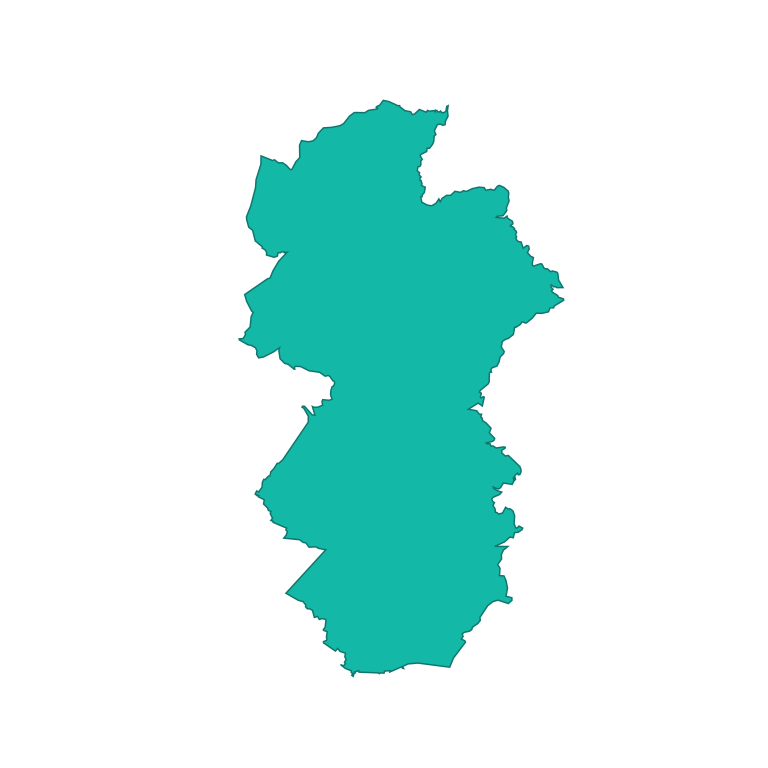 outline of Gómez Farías, Jalisco, Mexico, rotated 293°
{"feature_id": "50627088B14900923212728", "entity_name": "Gómez Farías", "entity_type": "district", "adm_level": 2, "iso_a3": "MEX", "parent_name": "Mexico", "parent_adm1": "Jalisco", "projection": "albers", "projection_center": [-103.412, 19.86], "detail": "fine", "context": "isolated", "style": "filled", "palette": "teal", "viewbox_px": 768, "rotation_deg": 293, "n_neighbors": 0, "source": "geoboundaries", "source_scale": "gbopen_adm2", "svg_char_len": 6171}
<svg xmlns="http://www.w3.org/2000/svg" viewBox="0 0 768 768"><g transform="rotate(293 384 384)"><path d="M232.4,308.4L231.7,310.4L232.4,310.7L232.3,312.4L231.1,312.2L230.7,319.0L226.5,320.0L224.4,325.3L222.5,326.9L222.5,329.7L220.4,329.8L216.8,333.9L214.2,333.1L214.3,335.9L213.3,336.0L213.3,350.7L211.3,350.7L210.5,352.7L206.9,353.1L203.0,352.0L207.7,367.2L206.6,371.4L207.2,374.2L204.5,378.8L207.5,384.9L207.1,387.9L208.7,395.2L153.1,375.5L151.4,389.8L152.1,394.5L149.9,398.5L148.3,398.8L147.1,401.3L147.9,402.8L147.8,406.5L141.9,411.1L144.1,413.7L142.0,416.4L143.9,418.8L144.5,422.0L143.9,422.9L136.9,424.9L134.3,424.1L133.6,424.6L133.8,428.6L128.4,429.9L127.0,431.2L125.5,431.2L123.2,429.0L122.1,429.4L119.2,443.6L122.5,444.8L120.7,447.8L121.1,453.7L117.6,454.5L115.7,456.7L112.2,456.4L111.5,457.8L108.9,457.0L108.7,453.6L107.1,459.4L107.2,466.0L105.5,466.7L105.3,468.6L103.3,468.1L102.8,469.9L106.0,469.5L106.9,470.5L107.7,469.7L110.2,472.8L109.0,473.6L115.9,491.7L115.5,492.8L116.6,493.6L117.9,497.0L119.9,496.7L122.4,501.3L121.1,501.8L130.9,511.0L129.6,511.9L129.8,513.2L131.4,511.5L135.8,515.6L140.4,524.3L149.0,555.1L158.9,555.0L178.2,559.9L179.2,558.8L179.5,554.8L182.4,555.5L184.5,553.7L186.7,554.8L189.8,559.2L192.1,560.7L194.8,560.5L200.3,564.0L204.0,565.0L206.6,563.5L220.6,566.1L226.4,569.4L229.6,573.5L230.5,584.2L234.9,586.3L237.2,585.2L236.3,579.2L244.3,577.5L250.7,573.1L254.2,569.4L252.7,565.2L259.7,562.8L262.2,559.2L268.8,560.6L272.7,558.7L277.7,558.8L282.8,561.5L277.8,549.3L285.7,556.6L292.3,559.7L293.0,563.1L298.1,562.2L300.0,565.5L303.7,567.9L305.5,568.0L306.0,563.8L303.4,562.7L303.0,561.6L306.2,558.3L313.6,555.8L317.4,552.4L318.2,549.9L318.3,548.3L317.4,547.3L318.1,544.1L311.6,543.6L309.0,540.2L309.8,538.4L309.5,536.7L312.5,535.0L314.8,531.8L318.0,532.0L318.2,530.1L320.0,528.3L322.0,528.4L327.5,533.6L330.5,534.6L330.0,529.5L330.8,525.5L331.8,524.8L331.9,530.2L334.0,531.8L339.5,532.6L341.7,541.2L345.1,541.5L349.1,539.4L346.8,542.0L347.7,542.3L350.1,540.3L351.5,540.5L354.1,541.8L352.9,543.1L353.7,544.4L356.7,544.5L358.9,543.4L361.1,541.3L366.8,526.4L365.1,523.7L366.6,519.3L369.1,518.3L372.1,520.5L373.1,520.4L373.0,519.0L368.9,512.2L369.6,508.5L368.5,507.0L370.4,505.0L369.1,501.8L369.7,501.0L373.3,506.0L375.3,507.3L377.1,507.2L380.3,500.0L385.1,499.8L388.1,493.0L388.8,489.2L391.1,487.5L391.4,486.0L394.3,485.6L393.4,483.8L395.6,479.7L393.7,471.5L403.2,478.1L402.2,483.1L411.1,481.4L411.2,480.4L409.0,478.7L409.7,477.7L413.1,477.4L413.8,476.6L413.8,474.9L415.7,475.1L424.7,479.8L427.0,480.0L435.1,476.8L436.5,477.0L436.9,478.3L439.1,476.7L441.0,477.1L444.6,480.9L448.9,481.3L454.2,480.4L458.8,482.2L460.8,482.0L463.9,477.5L469.3,476.3L472.7,478.4L474.3,480.5L480.1,483.7L487.3,482.1L488.1,483.6L492.4,486.3L495.3,486.8L495.4,490.5L496.1,491.4L502.7,494.8L508.7,496.5L510.6,501.5L514.7,507.2L519.0,507.1L520.3,510.4L522.5,510.3L531.2,516.6L532.5,516.0L532.0,510.5L533.3,509.3L534.3,503.1L535.4,501.7L537.2,502.6L538.8,499.4L540.6,499.4L539.8,502.2L540.6,504.1L540.2,505.4L542.7,511.1L547.8,504.2L553.8,500.7L554.5,499.4L553.9,494.9L552.5,493.5L553.9,489.2L553.0,487.8L553.2,486.0L556.1,482.5L555.9,481.1L551.2,475.9L551.1,474.5L552.7,473.4L558.8,472.1L558.9,469.0L561.0,464.7L565.0,464.9L567.4,463.3L567.3,461.3L563.4,459.1L568.3,454.7L567.6,451.6L568.4,449.9L569.8,448.3L571.0,448.7L573.0,446.7L575.4,446.8L576.5,445.6L577.1,443.4L578.1,443.4L579.1,440.8L578.6,438.7L579.5,438.5L581.8,440.1L584.0,438.6L584.8,433.1L586.6,431.7L583.5,429.7L581.1,422.1L582.6,422.5L585.3,427.7L591.5,429.3L594.1,427.8L601.4,427.6L604.6,425.4L608.4,424.3L610.0,423.0L611.8,417.7L611.9,412.7L610.5,411.2L605.3,409.7L605.0,406.3L602.1,402.0L603.9,399.5L602.3,394.5L598.1,388.7L593.3,384.5L593.1,381.7L590.3,379.6L589.1,374.0L583.7,371.6L582.1,367.9L577.5,364.9L573.7,364.6L575.8,362.2L570.8,361.3L566.7,358.3L565.6,353.9L566.1,347.8L570.5,344.7L571.3,345.9L572.8,345.4L576.1,346.3L581.3,345.1L581.3,340.9L583.1,340.8L585.8,338.6L585.5,337.6L587.2,336.8L588.8,336.6L588.8,337.8L590.3,334.6L592.4,334.2L593.2,331.4L597.2,330.3L598.2,332.0L600.1,332.3L603.8,330.7L605.7,331.5L608.4,328.0L609.5,328.1L614.7,332.4L618.0,331.6L618.7,333.8L623.8,335.1L626.7,335.0L631.9,333.3L633.8,334.3L636.7,331.4L643.5,331.8L645.2,334.0L645.1,336.8L646.5,338.9L649.7,337.9L655.6,338.3L660.4,335.6L665.2,334.3L664.0,333.3L659.2,334.4L657.4,333.3L656.3,331.0L657.4,329.5L656.0,328.6L655.5,326.8L656.4,326.0L656.2,324.4L654.5,324.7L655.2,323.3L652.8,318.9L652.9,317.2L650.7,316.6L650.5,309.3L644.2,306.5L643.1,304.6L645.0,302.2L643.8,296.4L645.4,290.3L646.4,289.6L645.6,288.1L645.9,278.1L644.8,272.5L639.0,271.1L636.3,268.7L635.6,268.7L635.4,270.4L634.5,270.3L629.8,262.8L626.3,260.4L622.3,250.6L617.1,247.6L608.0,245.1L604.6,242.6L600.0,235.9L596.1,228.2L589.2,225.6L584.2,225.6L580.2,223.7L577.5,220.0L575.8,213.0L570.7,213.0L559.5,218.0L554.2,216.1L545.3,215.3L544.8,213.8L547.1,208.7L548.0,204.3L546.3,200.3L547.6,195.7L546.2,194.1L545.9,181.7L538.3,184.8L522.2,186.4L514.3,189.1L495.9,191.8L484.1,192.1L481.6,193.4L475.5,198.2L474.2,203.0L465.4,209.6L462.8,218.4L461.4,218.8L461.2,221.7L459.6,224.3L456.8,225.5L457.7,233.3L460.1,235.9L463.4,235.2L464.2,237.2L465.7,238.3L466.7,240.9L466.0,241.1L467.5,243.4L455.9,239.1L444.8,237.6L437.1,237.7L435.1,235.5L411.9,220.8L406.3,225.4L399.4,233.7L398.9,235.6L394.1,235.4L384.1,238.5L377.3,235.8L375.5,237.2L370.8,236.6L368.9,233.0L368.1,233.6L366.9,243.6L367.7,246.4L367.2,251.5L364.9,254.1L361.6,255.1L359.1,258.4L361.7,262.4L370.3,269.7L376.7,273.7L373.4,274.3L366.6,278.5L364.2,284.4L364.7,288.2L362.5,295.5L362.8,296.1L364.4,294.9L365.8,295.8L367.5,300.6L366.9,309.8L369.6,320.1L368.2,326.8L370.0,329.2L369.9,331.0L367.0,335.6L367.3,336.8L365.7,338.2L362.6,338.4L361.3,337.3L357.5,337.6L353.2,339.0L349.7,342.1L347.7,340.1L345.6,333.7L343.5,333.8L340.5,335.8L336.7,332.0L335.2,328.6L335.3,326.9L328.3,332.6L327.5,330.1L332.4,319.6L331.7,317.6L330.5,317.7L330.4,319.6L324.8,326.9L319.2,329.2L274.8,320.4L269.7,318.1L269.3,316.7L263.1,315.7L258.9,314.1L255.0,314.9L254.2,313.7L249.5,312.0L249.3,310.6L245.7,310.5L241.4,312.1L235.6,310.8L235.8,308.6L232.4,308.4Z" fill="#14b8a6" stroke="#0f766e" stroke-width="1.5"/></g></svg>